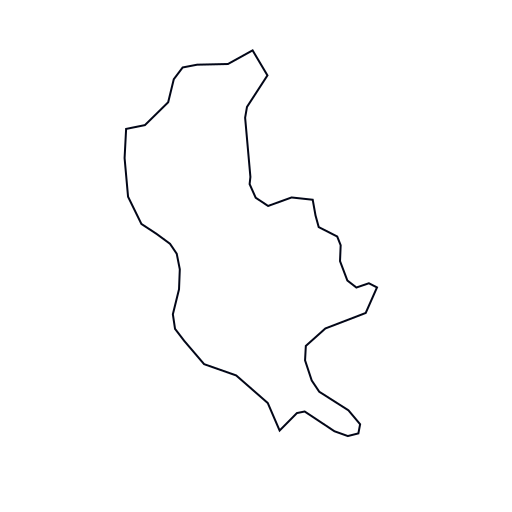 Koung-Khi, Ouest, Cameroon, rotated 339°
{"feature_id": "32672807B81686658173178", "entity_name": "Koung-Khi", "entity_type": "district", "adm_level": 2, "iso_a3": "CMR", "parent_name": "Cameroon", "parent_adm1": "Ouest", "projection": "equal_earth", "projection_center": [10.485, 5.336], "detail": "fine", "context": "isolated", "style": "outline", "palette": "ink", "viewbox_px": 512, "rotation_deg": 339, "n_neighbors": 0, "source": "geoboundaries", "source_scale": "gbopen_adm2", "svg_char_len": 817}
<svg xmlns="http://www.w3.org/2000/svg" viewBox="0 0 512 512"><g transform="rotate(339 256 256)"><path d="M215.5,427.4L237.9,417.3L245.7,418.6L266.4,447.7L277.2,457.0L288.0,458.3L292.9,450.4L287.0,433.2L266.4,405.4L263.4,392.2L264.4,371.0L270.3,357.8L294.8,348.5L338.0,348.5L357.7,328.7L351.6,321.9L338.4,321.4L332.5,311.6L332.6,290.9L338.9,276.3L338.8,266.9L324.9,251.5L326.1,239.4L329.1,223.8L310.2,214.1L285.2,213.6L276.6,201.5L275.8,186.6L279.1,180.2L295.4,123.0L301.0,113.6L331.4,91.5L326.5,62.8L298.6,66.7L269.6,56.3L255.1,53.7L242.6,61.5L229.1,81.0L199.2,94.0L180.3,90.8L168.4,117.5L157.8,154.8L160.5,185.0L171.2,199.9L180.1,213.8L182.8,225.5L180.1,241.1L172.2,259.5L157.5,280.6L154.3,295.0L158.6,309.6L168.8,338.4L194.7,360.4L214.3,397.5L215.5,427.4Z" fill="none" stroke="#020617" stroke-width="2"/></g></svg>